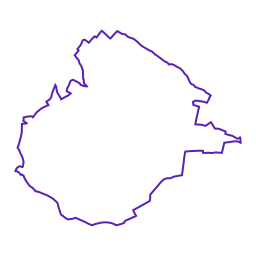 Bala, Mures, Romania
{"feature_id": "2599482B91392200314652", "entity_name": "Bala", "entity_type": "district", "adm_level": 2, "iso_a3": "ROU", "parent_name": "Romania", "parent_adm1": "Mures", "projection": "albers", "projection_center": [24.501, 46.719], "detail": "fine", "context": "isolated", "style": "outline", "palette": "violet", "viewbox_px": 256, "rotation_deg": 0, "n_neighbors": 0, "source": "geoboundaries", "source_scale": "gbopen_adm2", "svg_char_len": 5641}
<svg xmlns="http://www.w3.org/2000/svg" viewBox="0 0 256 256"><path d="M93.2,225.0L94.3,224.3L100.3,222.8L102.4,222.5L105.1,222.3L107.9,222.5L110.7,222.9L113.0,223.6L114.8,224.5L116.1,225.2L118.6,224.8L119.7,224.3L121.3,224.0L121.9,223.7L123.7,222.9L124.2,222.8L124.5,221.8L124.7,221.3L125.4,220.8L125.9,220.5L127.1,219.9L128.6,219.3L129.1,219.1L130.0,218.7L130.6,218.5L131.0,218.2L132.5,217.5L134.7,216.7L136.1,215.9L134.6,213.3L133.2,210.1L138.8,207.1L144.4,204.0L146.3,202.9L148.6,201.6L149.9,200.8L150.1,198.6L150.1,198.0L150.2,196.4L150.2,195.7L150.3,195.0L150.3,194.6L161.0,182.0L162.1,181.0L162.6,180.6L163.0,180.3L163.3,180.0L163.2,179.9L163.3,179.7L163.6,179.5L165.3,178.8L167.6,178.2L168.2,178.2L169.0,178.3L169.5,178.3L170.5,178.2L171.0,178.0L171.6,177.7L172.6,177.2L173.6,176.8L174.4,176.6L174.7,176.4L176.5,176.2L179.3,175.6L180.2,175.5L182.1,175.2L182.0,174.4L182.0,174.0L182.5,172.1L182.5,171.5L182.7,170.2L183.2,165.7L183.5,163.9L183.7,162.4L184.0,160.0L184.1,158.5L184.4,156.4L184.7,154.9L184.9,153.0L185.3,151.6L190.8,151.1L199.9,150.7L203.0,150.9L203.0,152.8L203.7,152.9L208.9,152.8L212.6,153.0L214.9,152.5L216.3,152.4L218.7,152.7L221.9,152.8L224.3,142.7L225.7,142.6L226.1,142.5L226.8,142.4L227.4,142.3L228.6,142.2L232.3,141.6L233.6,141.4L234.1,141.4L234.8,141.4L236.0,141.3L236.5,141.3L237.7,141.5L238.8,141.9L240.6,142.7L240.5,141.0L240.4,139.2L240.2,137.7L240.0,137.4L238.9,138.3L238.0,138.7L237.6,138.7L237.2,138.6L236.7,138.4L235.9,138.0L235.2,137.5L234.5,137.0L233.5,136.5L232.7,136.0L231.9,135.7L230.3,135.3L229.1,135.1L228.2,134.8L227.5,134.6L226.2,134.1L225.8,134.0L225.4,133.9L225.4,132.8L225.5,132.3L225.6,131.4L223.5,130.7L221.9,130.0L219.3,128.9L218.7,128.8L216.2,128.6L215.9,128.6L214.9,128.6L211.0,122.2L205.4,125.9L202.6,125.0L201.0,124.8L199.4,124.5L198.0,124.6L195.3,124.3L196.4,118.8L199.1,106.7L193.4,104.9L193.0,101.9L193.8,101.7L194.4,101.0L195.2,100.7L196.2,100.7L196.9,100.7L199.5,101.1L202.0,101.4L203.1,101.7L206.9,102.7L207.0,102.5L208.1,100.7L209.0,99.0L209.4,97.6L210.7,95.6L208.7,93.9L208.2,93.7L207.7,93.4L207.1,93.2L205.5,92.0L204.4,90.6L203.9,90.3L202.7,89.7L202.4,89.7L201.6,89.4L200.8,88.9L200.5,88.9L199.1,88.6L198.2,88.2L197.7,87.8L197.1,87.6L196.6,87.4L195.7,87.2L195.2,86.9L194.9,86.7L194.4,85.7L194.2,85.4L192.6,84.5L191.5,84.1L190.7,83.4L189.8,82.0L188.1,78.4L187.9,77.6L187.7,77.0L187.3,76.5L186.9,76.0L186.4,75.3L185.9,74.9L185.2,74.3L184.7,73.8L184.3,73.3L182.9,71.1L182.6,70.8L181.8,70.0L181.1,69.3L180.2,68.5L179.9,68.3L177.9,67.3L177.2,66.9L175.9,66.2L174.5,65.3L173.0,64.6L172.0,64.3L171.4,64.2L171.0,64.2L170.5,64.2L170.0,64.3L169.3,64.5L168.9,64.5L168.8,64.4L167.9,63.1L167.7,62.9L167.0,62.4L165.5,61.8L165.1,61.6L164.5,61.2L163.0,60.1L161.1,58.7L160.1,57.9L159.6,57.6L158.6,56.8L157.9,56.3L156.1,55.0L155.5,54.7L155.2,54.6L155.0,54.4L154.6,54.0L154.0,53.4L152.4,51.8L151.2,51.2L149.7,50.5L149.0,50.3L148.0,49.6L147.1,49.1L144.4,47.5L142.3,46.3L141.4,45.5L140.5,44.9L139.5,44.0L138.5,42.9L137.5,41.9L137.0,41.5L135.4,40.2L134.4,39.5L132.9,38.5L130.7,37.9L129.1,37.3L127.9,36.8L126.8,35.8L125.6,34.6L125.4,34.4L125.1,34.3L124.7,34.3L123.3,34.2L122.3,34.0L121.8,33.7L120.7,33.0L120.3,32.8L119.7,32.5L117.7,31.3L117.2,31.1L110.3,38.5L108.3,36.9L107.5,36.2L106.9,35.4L101.9,30.8L100.7,31.8L98.9,34.3L97.8,35.7L96.6,37.5L94.7,36.3L92.4,38.5L88.8,42.7L84.9,39.8L83.7,39.7L82.7,40.4L82.0,42.0L81.3,43.8L80.8,44.8L80.3,45.5L77.4,49.1L78.6,50.6L74.7,55.2L79.0,60.9L79.0,61.2L79.4,63.1L80.3,64.6L80.7,65.1L81.5,66.5L81.8,67.4L82.0,68.3L82.3,69.0L82.5,69.6L82.9,69.9L82.9,71.4L83.1,74.9L83.0,76.4L83.2,77.8L83.2,79.0L83.4,79.3L83.7,79.6L83.8,79.8L83.8,80.2L83.8,80.7L83.8,81.4L83.9,82.4L84.1,83.4L84.4,84.0L84.8,84.4L86.0,85.3L86.6,85.9L86.8,86.3L85.4,86.3L84.5,86.1L83.7,85.9L83.3,85.9L82.9,85.8L81.9,85.3L81.2,85.1L80.5,84.6L80.1,83.9L79.7,83.5L78.9,82.9L77.8,82.2L76.8,81.7L75.8,81.2L74.9,80.7L74.0,80.2L73.3,79.9L73.0,79.8L72.6,79.9L72.0,80.1L71.2,80.5L70.5,81.0L68.9,85.2L67.4,88.0L66.6,91.2L70.7,93.4L67.8,95.8L65.8,96.6L63.5,98.0L61.1,99.3L60.8,98.4L59.6,96.3L58.1,93.8L57.5,93.1L57.2,92.1L56.5,89.4L56.4,88.2L56.1,86.5L55.3,85.1L52.6,91.8L51.9,94.3L51.1,97.4L50.2,98.8L49.1,99.8L46.4,101.6L46.8,102.4L47.1,103.0L47.5,103.5L48.1,104.3L48.4,105.2L47.3,105.5L46.2,106.0L45.2,106.6L43.4,107.3L42.4,107.9L40.5,109.1L39.3,110.1L37.8,111.4L36.6,112.4L34.3,115.4L33.7,116.3L33.3,116.8L32.8,117.3L32.4,116.8L31.9,116.4L31.2,116.3L28.7,116.4L26.1,116.9L23.6,117.4L23.7,119.2L23.6,119.8L23.3,120.8L26.7,123.2L26.4,123.5L25.6,123.6L24.6,123.6L21.9,123.9L21.8,132.3L20.7,137.4L19.5,141.9L18.6,145.1L17.6,147.7L18.1,148.3L19.2,150.2L20.3,153.1L21.9,156.2L23.2,159.7L23.6,162.4L23.2,164.3L22.8,166.5L22.6,166.9L22.3,167.1L21.7,167.0L20.9,166.5L20.4,166.4L19.9,166.3L19.4,166.4L19.0,166.4L18.5,166.7L16.8,168.2L16.4,168.8L16.1,169.5L15.7,170.2L15.4,170.8L15.4,171.1L15.7,171.1L16.4,171.0L16.8,171.2L17.1,171.5L18.1,172.0L19.2,172.7L19.6,173.2L20.1,173.9L20.6,174.7L20.7,174.8L21.0,174.8L21.3,174.7L21.6,174.6L22.1,174.6L22.3,174.6L22.4,174.8L22.6,175.2L23.0,175.5L23.4,175.6L23.6,175.7L23.7,175.9L23.9,176.4L24.0,176.8L24.7,178.5L25.6,180.1L26.8,182.0L27.8,183.3L28.7,184.7L29.6,185.7L30.3,186.4L32.4,187.8L34.7,190.1L35.4,191.2L36.2,191.2L37.9,191.8L39.1,192.0L41.2,192.9L43.3,193.8L45.5,194.6L47.8,195.7L48.8,196.2L49.6,196.7L52.3,198.2L53.8,199.4L56.9,202.3L57.5,203.0L58.0,205.1L58.6,207.3L59.7,210.5L60.3,212.7L61.0,214.5L61.6,215.1L63.3,216.2L65.5,218.0L66.9,218.9L67.7,219.3L68.7,219.3L70.4,219.1L71.9,218.9L74.9,218.1L75.7,217.8L77.6,218.7L79.2,219.4L83.2,221.2L85.7,222.3L86.7,222.8L88.9,224.0L90.2,224.5L92.1,225.1L93.2,225.0Z" fill="none" stroke="#5b21b6" stroke-width="2"/></svg>